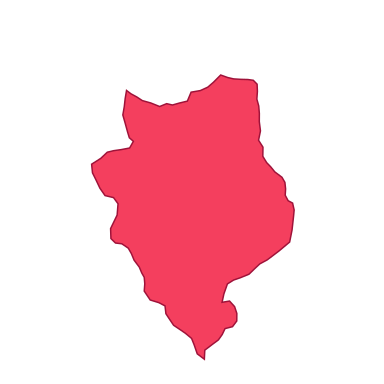 outline of João Monlevade, Minas Gerais, Brazil, rotated 217°
{"feature_id": "56859067B65485925185002", "entity_name": "João Monlevade", "entity_type": "district", "adm_level": 2, "iso_a3": "BRA", "parent_name": "Brazil", "parent_adm1": "Minas Gerais", "projection": "equal_earth", "projection_center": [-43.162, -19.84], "detail": "fine", "context": "isolated", "style": "filled", "palette": "rose", "viewbox_px": 384, "rotation_deg": 217, "n_neighbors": 0, "source": "geoboundaries", "source_scale": "gbopen_adm2", "svg_char_len": 1435}
<svg xmlns="http://www.w3.org/2000/svg" viewBox="0 0 384 384"><g transform="rotate(217 192 192)"><path d="M126.5,74.5L119.1,74.9L112.2,75.2L104.2,74.8L98.4,71.3L90.4,65.9L81.5,65.9L86.6,73.4L84.1,82.3L81.9,89.8L82.1,96.4L83.4,102.8L78.6,108.8L78.6,115.9L83.1,122.0L89.0,126.1L96.4,127.5L101.6,122.0L105.2,129.8L108.4,139.9L105.8,146.7L101.8,152.6L97.0,160.7L95.9,167.8L94.6,175.4L91.1,183.0L89.0,190.3L87.0,197.4L83.9,210.8L89.2,221.8L96.5,234.1L99.6,239.1L105.0,243.7L110.0,242.9L115.6,245.5L119.1,250.8L123.6,255.6L129.0,257.9L138.0,257.9L144.4,259.5L150.1,260.4L156.9,263.1L162.3,270.5L170.0,273.4L174.1,282.0L180.6,288.7L185.5,295.3L190.5,300.9L196.1,305.2L200.3,311.7L204.9,317.3L210.3,318.1L215.0,315.5L220.9,311.3L226.8,307.4L232.4,304.9L239.5,302.7L240.9,292.6L242.5,285.2L246.4,278.0L252.8,271.2L250.4,261.8L255.5,255.6L260.0,249.7L265.4,247.3L269.3,240.8L278.5,238.3L286.7,235.1L293.1,234.7L299.8,233.7L305.4,233.7L301.6,226.4L297.4,219.3L293.6,211.9L287.0,206.9L279.5,201.1L274.7,197.6L269.3,197.2L268.3,189.6L274.1,183.2L279.5,177.8L283.6,172.8L285.1,164.0L288.9,153.8L283.0,147.4L276.0,143.9L267.8,139.6L259.3,136.8L251.3,140.3L244.0,138.1L237.9,128.5L235.0,113.8L228.7,106.0L222.4,105.2L216.9,108.4L209.1,108.8L203.3,106.3L197.2,102.7L188.9,100.3L183.4,97.1L178.8,95.1L174.5,90.3L170.5,84.1L160.4,80.6L151.8,83.7L145.0,84.8L139.6,79.1L134.6,77.3L126.5,74.5Z" fill="#f43f5e" stroke="#9f1239" stroke-width="1.5"/></g></svg>